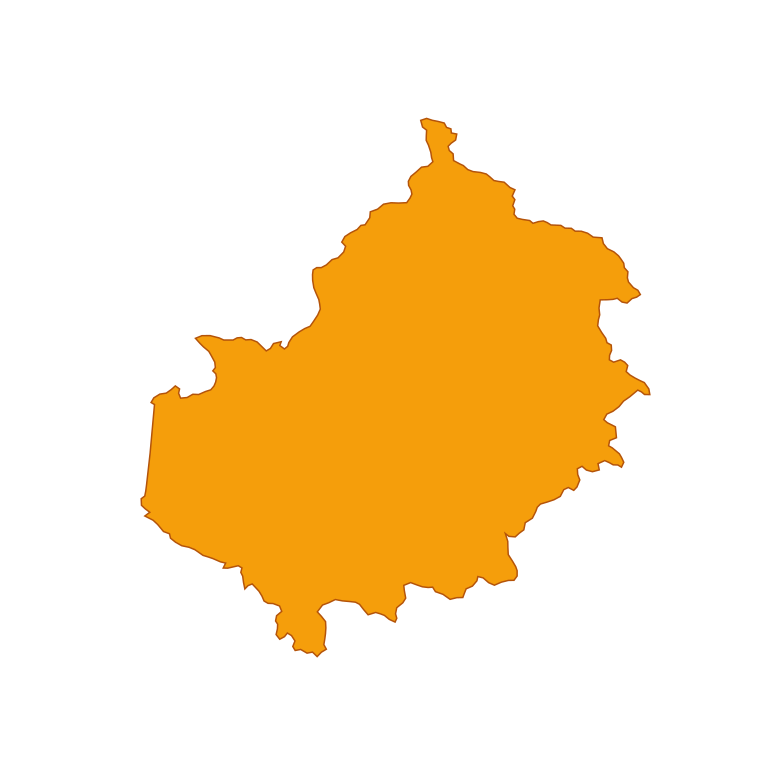 outline of Paraibuna, São Paulo, Brazil, rotated 248°
{"feature_id": "56859067B40325291288871", "entity_name": "Paraibuna", "entity_type": "district", "adm_level": 2, "iso_a3": "BRA", "parent_name": "Brazil", "parent_adm1": "São Paulo", "projection": "albers", "projection_center": [-45.64, -23.474], "detail": "fine", "context": "isolated", "style": "filled", "palette": "amber", "viewbox_px": 768, "rotation_deg": 248, "n_neighbors": 0, "source": "geoboundaries", "source_scale": "gbopen_adm2", "svg_char_len": 4407}
<svg xmlns="http://www.w3.org/2000/svg" viewBox="0 0 768 768"><g transform="rotate(248 384 384)"><path d="M603.4,537.6L607.2,532.5L610.4,527.6L614.3,523.0L614.7,516.8L607.8,516.0L603.4,518.6L598.5,516.3L594.1,514.4L588.7,514.7L581.3,514.2L576.0,512.9L571.8,512.6L569.4,506.2L571.0,500.0L568.5,493.3L566.4,486.7L562.8,482.5L558.9,481.2L553.9,481.8L549.6,481.0L546.6,477.7L543.6,473.0L546.3,465.3L549.4,458.4L550.9,450.9L548.5,443.5L548.8,435.8L543.5,433.1L538.7,426.1L539.7,422.0L537.3,417.0L536.7,409.6L535.4,403.0L531.4,398.0L526.1,400.0L521.5,396.1L518.2,388.6L518.8,382.4L516.0,375.2L515.4,369.4L517.1,365.2L516.3,361.0L512.2,358.7L506.9,356.7L499.5,355.0L493.7,355.0L486.7,355.2L482.2,354.3L477.3,353.0L472.8,348.4L468.5,342.2L465.2,337.1L465.1,331.3L464.1,324.8L462.0,316.8L458.1,311.3L455.0,308.8L453.8,304.8L458.7,301.8L461.7,304.5L462.9,296.7L459.5,292.0L458.8,287.2L470.5,282.1L475.0,277.4L476.7,272.3L480.5,269.3L481.8,265.1L481.3,260.5L484.8,251.9L488.5,248.4L494.0,240.9L497.0,233.3L497.0,226.3L490.6,228.6L486.1,230.5L479.9,233.8L474.8,234.5L467.7,235.3L462.4,233.8L460.3,230.2L456.4,231.9L452.6,231.1L448.8,228.6L445.8,225.6L443.5,221.2L443.9,215.7L443.7,208.2L446.1,202.9L445.2,196.4L447.1,190.1L452.4,190.1L456.0,192.6L460.4,189.8L458.5,184.5L457.1,178.7L458.6,172.4L457.4,165.4L454.1,161.1L450.9,163.5L412.5,143.8L407.6,141.3L379.7,126.2L374.0,123.0L369.7,120.2L368.6,115.9L362.4,113.7L357.6,115.9L352.8,118.8L351.2,112.8L344.3,118.8L338.6,121.5L329.8,124.3L325.5,129.0L321.0,128.3L315.3,131.5L309.8,135.9L305.7,142.0L301.2,146.6L292.9,152.0L289.5,156.2L286.3,159.9L280.4,165.7L277.3,170.1L273.6,166.0L271.8,170.1L270.1,180.8L266.7,183.4L263.0,180.7L258.8,181.0L252.6,179.4L246.1,178.2L248.0,182.4L248.0,186.9L243.9,188.5L238.6,190.5L233.0,191.4L227.7,191.5L224.1,194.3L222.0,198.9L217.3,204.0L211.5,204.0L209.4,197.6L204.9,194.7L201.1,195.4L196.8,193.4L192.1,190.1L186.4,191.7L187.0,197.1L189.3,201.1L185.4,204.0L179.1,205.2L174.8,201.1L170.2,201.8L169.1,207.3L163.3,211.8L162.2,217.3L156.3,219.9L158.8,225.5L159.7,231.2L164.9,230.6L169.8,233.6L174.4,236.2L179.6,238.7L185.6,240.8L192.1,238.9L197.7,236.8L202.1,244.2L201.9,250.9L202.4,258.1L198.5,264.2L195.0,271.0L192.4,275.8L188.9,278.8L182.2,280.7L176.0,282.8L175.3,290.7L172.3,294.5L169.3,297.7L163.8,300.7L159.1,305.1L162.0,308.1L166.6,308.6L171.8,312.0L174.1,319.5L177.3,323.9L185.0,325.5L189.9,326.9L189.9,334.3L185.6,339.0L181.6,343.6L178.8,348.7L177.4,353.0L172.2,353.9L166.9,359.9L159.6,364.6L158.6,371.5L156.5,377.1L159.6,379.9L163.3,383.4L163.5,390.3L166.7,396.4L170.3,398.9L167.1,403.3L160.6,406.6L156.1,411.0L156.3,418.6L155.3,425.7L153.3,431.0L156.1,435.5L161.0,437.5L165.2,437.7L171.4,436.8L179.3,435.3L186.2,437.7L191.7,439.8L199.9,440.5L195.9,442.8L193.1,448.4L195.0,453.5L196.4,459.0L202.5,463.0L204.0,471.3L208.9,476.9L212.3,479.9L214.1,484.1L213.4,491.3L213.0,498.3L213.8,505.4L218.7,511.1L219.0,516.1L214.3,520.1L216.2,524.3L221.7,529.6L227.5,529.7L233.0,531.5L233.5,536.8L228.4,539.4L224.6,544.4L223.7,551.4L230.0,552.6L230.3,560.0L226.6,563.5L223.2,566.2L221.3,570.5L217.9,573.0L221.6,577.0L226.9,576.7L231.1,576.1L239.3,571.7L242.6,569.1L247.1,572.1L247.1,579.4L257.6,582.5L264.5,576.5L268.6,574.4L272.6,579.3L273.0,586.2L275.0,593.5L278.4,599.7L280.1,607.1L282.0,613.0L283.3,617.0L280.3,619.7L276.7,621.6L274.6,626.5L280.2,627.7L287.8,625.9L291.4,622.5L295.7,618.8L300.1,615.5L304.8,613.2L309.8,616.9L314.1,615.3L317.8,612.3L318.2,605.1L322.0,602.0L326.1,603.9L329.9,607.6L335.0,609.3L338.8,606.2L343.3,606.7L350.3,605.1L357.9,603.9L363.3,606.9L367.3,609.9L373.9,611.8L381.0,616.0L378.4,622.8L376.7,628.0L376.1,632.4L370.8,635.4L368.0,639.7L370.3,645.9L369.9,650.8L370.9,655.2L375.8,654.5L379.9,651.3L386.9,648.9L391.2,649.4L396.7,652.2L401.8,650.4L406.2,651.5L411.0,650.5L414.9,649.5L420.3,646.7L425.8,641.8L432.0,640.0L437.9,640.9L441.8,633.0L447.5,629.3L451.8,624.1L454.1,618.5L458.2,616.0L460.7,610.2L464.8,607.4L468.9,598.4L472.5,595.8L475.5,592.8L476.7,588.1L477.2,582.3L481.0,580.3L484.8,573.9L487.8,569.6L492.7,568.1L497.1,570.7L501.0,570.1L505.9,574.4L510.2,573.3L515.0,578.2L519.0,574.4L526.1,571.0L528.9,566.1L531.5,562.1L536.5,559.7L540.4,557.5L544.0,552.7L547.6,546.1L551.4,542.0L556.8,539.4L559.8,536.6L565.1,532.2L571.5,534.3L576.0,532.0L580.4,532.5L582.1,536.5L583.4,541.8L588.5,545.1L591.5,540.5L595.5,541.6L598.5,538.1L603.4,537.6Z" fill="#f59e0b" stroke="#b45309" stroke-width="1.5"/></g></svg>